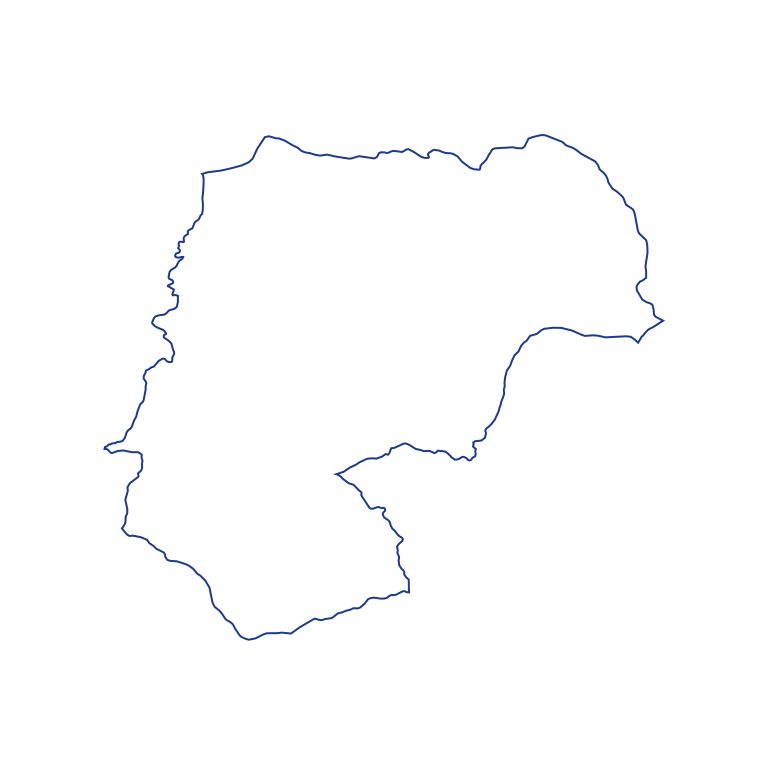 El Calvario, Meta, Colombia (Mercator projection), rotated 105°
{"feature_id": "7082276B98966151255757", "entity_name": "El Calvario", "entity_type": "district", "adm_level": 2, "iso_a3": "COL", "parent_name": "Colombia", "parent_adm1": "Meta", "projection": "mercator", "projection_center": [-73.69, 4.367], "detail": "fine", "context": "isolated", "style": "outline", "palette": "blue", "viewbox_px": 768, "rotation_deg": 105, "n_neighbors": 0, "source": "geoboundaries", "source_scale": "gbopen_adm2", "svg_char_len": 6166}
<svg xmlns="http://www.w3.org/2000/svg" viewBox="0 0 768 768"><g transform="rotate(105 384 384)"><path d="M228.2,614.1L228.8,613.2L231.5,611.7L235.9,610.4L247.2,608.1L251.3,607.6L257.9,605.2L262.9,604.1L266.7,603.7L268.7,604.8L272.8,605.5L276.7,608.6L283.5,609.5L284.2,610.7L286.5,612.8L287.7,612.9L289.8,612.2L292.8,614.8L294.3,615.2L295.7,615.1L298.2,614.0L298.8,614.5L299.2,617.5L299.9,618.4L300.8,618.7L302.0,618.6L303.7,617.7L306.0,618.0L307.8,615.6L308.8,615.6L309.9,615.8L310.7,616.6L310.8,617.4L312.2,618.8L313.8,619.0L314.7,618.8L315.4,617.4L315.2,615.1L313.6,612.3L313.3,610.9L315.2,611.2L318.1,613.5L319.6,614.2L323.5,614.9L325.2,615.7L329.1,619.3L331.4,620.1L334.5,619.9L336.6,619.7L337.4,619.3L338.0,618.5L338.5,615.4L339.4,614.4L340.6,613.9L341.5,614.3L344.7,618.1L345.4,618.1L347.1,611.5L348.1,611.3L352.4,611.6L353.0,611.0L351.9,608.1L352.2,605.9L358.1,604.3L362.6,604.1L364.1,604.6L365.9,606.3L368.5,610.7L372.3,612.7L373.7,614.0L376.1,619.5L378.0,622.3L379.6,623.2L384.5,623.9L385.5,623.5L387.4,620.4L388.2,617.1L388.9,611.3L390.0,609.2L391.8,607.5L392.3,607.5L393.4,609.0L394.1,609.2L395.5,608.9L396.1,608.4L398.0,603.1L399.8,600.0L405.5,596.6L407.8,594.8L409.7,594.6L413.1,595.3L417.0,594.5L417.9,595.2L418.5,598.0L418.2,599.6L416.5,602.3L416.8,604.5L420.2,607.7L426.8,610.8L427.8,612.6L430.9,615.3L432.6,617.4L436.1,617.4L437.5,618.0L439.3,618.0L440.9,617.6L443.9,614.2L444.8,613.7L447.7,613.7L451.1,612.8L461.9,612.0L463.9,612.4L465.8,613.8L468.3,614.4L474.0,615.0L479.8,614.9L484.2,616.0L490.3,616.5L492.8,617.4L494.3,618.8L497.1,620.0L503.2,620.4L506.4,621.6L507.9,623.6L509.2,626.9L510.6,628.1L511.9,631.5L513.2,632.9L513.6,634.1L516.1,635.7L517.1,637.2L519.1,637.1L518.6,635.5L518.8,634.1L520.9,630.6L521.2,629.4L520.6,628.0L517.7,624.0L515.7,618.7L515.1,609.8L513.5,603.7L514.8,599.9L515.3,599.6L517.9,599.1L520.7,597.4L524.0,597.1L527.6,595.9L530.6,596.2L534.1,598.5L536.2,597.3L537.4,597.4L545.1,603.4L547.4,604.4L550.4,605.0L553.3,603.8L562.9,603.9L570.9,599.7L575.0,598.6L579.4,599.1L584.2,598.0L586.3,598.1L589.4,598.9L591.2,599.8L592.4,598.3L596.0,593.1L596.5,591.3L596.5,590.0L595.5,587.2L594.9,579.4L595.8,572.5L598.4,569.6L600.1,564.7L602.0,561.5L603.8,553.0L605.4,551.3L607.6,550.5L609.9,547.9L610.2,544.8L608.9,538.3L609.4,528.1L610.0,525.4L611.9,520.4L615.6,515.3L616.6,511.9L620.2,505.7L625.8,499.9L639.6,493.0L643.0,490.0L645.6,484.2L647.7,481.2L651.9,476.5L652.7,475.0L653.7,470.8L655.3,467.7L658.7,464.6L664.2,458.3L665.2,456.3L666.0,451.3L665.9,448.3L663.0,442.3L657.2,435.8L655.1,432.7L652.3,422.6L650.6,418.3L649.1,409.2L641.2,402.8L629.1,390.9L628.4,389.2L628.7,386.6L628.2,382.9L626.3,380.1L623.6,373.8L617.3,369.0L615.5,365.4L612.8,361.9L610.8,358.2L608.6,355.7L607.4,351.0L606.2,349.3L601.2,345.8L596.0,343.7L594.3,341.6L593.0,338.5L592.2,331.9L591.3,328.5L589.9,325.8L587.4,324.1L585.8,322.1L585.3,319.5L584.2,317.6L579.2,312.0L578.8,310.3L579.2,308.0L578.8,305.9L566.5,309.5L565.0,312.6L562.7,315.2L560.6,315.7L559.1,317.0L557.9,319.3L554.9,322.5L550.4,324.3L547.4,324.5L543.6,327.4L541.6,327.5L537.6,329.3L534.7,328.3L530.7,325.6L528.9,325.7L527.8,327.0L527.1,329.6L525.6,332.3L523.3,335.3L521.4,338.6L519.5,340.5L515.3,343.2L514.4,344.8L513.1,348.8L512.1,350.1L509.9,351.6L508.6,351.5L506.1,350.2L504.8,350.5L503.9,351.3L503.7,352.2L504.5,354.3L504.3,357.6L504.7,358.7L507.4,362.5L507.8,364.5L507.3,366.1L498.3,376.2L497.1,377.2L495.0,377.5L494.2,378.1L493.4,380.4L489.2,387.4L489.0,392.3L486.3,399.2L484.6,401.7L483.5,405.2L483.5,406.7L479.2,400.2L474.0,395.8L468.8,389.8L466.0,387.4L460.6,381.0L458.9,376.5L458.0,371.9L454.7,367.2L451.1,364.1L451.3,361.9L449.8,361.0L444.2,360.4L443.1,357.6L436.2,349.2L435.8,347.4L436.3,343.6L438.5,336.7L438.3,331.4L438.6,328.4L436.8,322.7L437.7,317.6L436.9,316.3L434.4,314.6L433.4,307.5L434.3,304.8L436.4,301.0L437.2,300.1L438.7,296.0L438.2,294.1L436.5,291.7L434.4,289.8L433.7,288.1L434.3,284.9L435.6,283.1L435.7,281.8L435.2,280.7L434.8,280.2L432.3,279.4L430.3,277.3L427.9,277.3L425.3,278.5L423.0,278.5L421.3,281.9L418.7,281.8L418.0,282.5L417.2,282.6L415.8,281.3L413.3,275.2L409.8,272.6L405.0,272.7L403.2,274.0L401.7,274.0L400.0,273.4L398.5,272.0L395.2,270.0L389.7,267.7L380.5,266.2L377.2,266.3L373.8,265.9L372.1,266.2L363.2,265.4L361.8,265.5L359.0,266.7L354.4,266.9L352.2,267.8L346.6,268.7L339.2,268.8L333.6,266.8L328.3,266.4L322.6,265.4L317.7,262.5L311.6,261.4L307.3,259.3L305.5,257.5L299.7,255.4L296.0,249.3L291.0,245.7L289.2,243.5L285.8,235.0L283.9,227.2L283.7,216.1L285.3,206.1L285.5,202.2L282.8,194.5L282.0,189.9L281.6,182.1L275.3,162.7L274.5,157.9L276.3,153.1L278.3,149.2L271.7,147.4L270.0,146.2L268.0,145.5L264.1,143.4L262.7,142.5L259.3,138.7L250.6,130.8L248.7,139.1L247.3,141.0L241.5,143.2L237.9,145.4L237.2,148.0L237.0,151.7L235.6,156.4L228.1,164.0L224.6,165.3L222.1,164.7L218.6,163.1L217.4,161.3L213.5,158.3L207.7,159.8L202.7,161.9L189.3,163.4L184.4,164.8L181.0,166.0L177.3,167.9L172.5,176.6L170.3,178.4L156.5,185.0L152.7,187.1L150.8,188.9L148.2,196.6L142.6,200.7L141.2,202.3L138.1,208.3L136.2,213.9L131.3,219.4L128.2,221.1L125.3,223.5L123.2,226.4L121.4,230.4L120.4,231.6L117.0,234.1L114.3,237.7L110.7,252.8L107.7,260.1L106.9,263.5L106.6,268.4L106.0,270.7L104.7,272.8L103.9,275.1L102.0,292.2L102.6,295.7L103.4,297.6L106.8,303.9L109.5,307.9L118.0,309.7L119.1,310.2L120.6,311.8L121.8,316.7L122.0,320.8L127.5,337.4L128.8,339.5L129.8,340.2L135.8,342.1L140.6,343.2L144.3,345.0L145.8,346.2L148.3,347.2L151.4,346.8L152.3,347.3L153.2,352.1L153.0,356.5L149.1,366.2L145.3,371.5L144.0,375.9L143.8,378.6L144.9,384.2L144.8,388.0L144.2,391.0L144.5,393.6L144.8,396.1L145.5,397.2L149.3,400.6L150.8,401.0L153.0,399.4L153.7,399.4L154.3,400.2L155.1,403.6L154.8,407.2L152.4,414.5L150.8,421.1L151.4,422.6L155.2,426.6L156.3,434.9L157.3,437.0L159.4,439.5L160.2,441.1L160.1,443.3L161.0,447.0L162.5,448.6L166.6,449.6L168.6,451.7L170.4,467.1L174.7,474.1L175.4,476.4L176.9,490.5L177.1,498.2L180.0,505.0L180.4,509.6L180.2,515.5L180.7,520.1L180.2,524.1L178.1,528.6L177.3,533.1L174.6,543.0L174.0,549.1L174.6,551.9L174.5,559.2L176.3,562.9L189.5,567.3L200.4,569.2L204.8,572.0L209.7,578.0L215.2,587.5L219.9,596.4L225.2,609.3L228.2,614.1Z" fill="none" stroke="#1e3a8a" stroke-width="2"/></g></svg>